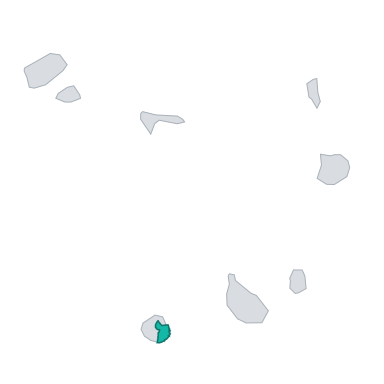 location of Santa Catarina Do Fogo, Santa Catarina do Fogo, Cabo Verde, rotated 356°
{"feature_id": "66160863B71170562423195", "entity_name": "Santa Catarina Do Fogo", "entity_type": "district", "adm_level": 2, "iso_a3": "CPV", "parent_name": "Cabo Verde", "parent_adm1": "Santa Catarina do Fogo", "projection": "mercator", "projection_center": [-24.327, 14.901], "detail": "fine", "context": "in_parent", "style": "filled", "palette": "teal", "viewbox_px": 384, "rotation_deg": 356, "n_neighbors": 0, "source": "geoboundaries", "source_scale": "gbopen_adm2", "svg_char_len": 4445}
<svg xmlns="http://www.w3.org/2000/svg" viewBox="0 0 384 384"><g transform="rotate(356 192 192)"><path d="M259.9,315.9L252.6,327.3L236.8,326.4L228.6,321.7L219.1,307.4L219.4,296.3L222.8,286.7L222.2,278.4L223.5,276.2L228.4,277.6L229.2,283.3L243.6,297.0L249.0,299.7L259.9,315.9ZM53.5,74.8L41.9,77.4L37.0,76.1L35.3,66.2L33.0,59.6L33.5,56.7L60.3,43.9L69.7,46.0L76.3,56.3L71.8,61.9L53.5,74.8ZM322.8,163.3L332.8,165.6L336.6,164.7L342.9,165.2L349.7,171.8L351.0,178.7L347.6,187.4L334.4,194.5L326.8,193.7L317.8,187.2L323.0,174.3L322.8,163.3ZM156.5,334.7L147.2,339.4L140.7,337.3L134.5,332.5L131.6,325.4L134.0,319.3L146.5,312.2L154.0,314.5L158.0,325.6L156.5,334.7ZM182.9,115.3L187.9,118.9L189.5,121.6L182.1,122.9L164.3,118.1L159.6,121.1L154.9,131.4L145.8,115.8L146.4,110.0L148.4,108.4L161.0,112.5L182.9,115.3ZM291.2,300.0L287.9,300.4L282.9,294.8L284.0,287.1L283.4,285.1L287.8,276.8L296.5,277.5L298.7,283.7L299.1,296.3L291.2,300.0ZM87.3,90.8L77.5,93.8L71.4,93.4L62.7,89.0L65.4,84.3L74.9,78.9L81.4,77.8L86.8,87.3L87.3,90.8ZM326.3,110.7L322.5,117.1L317.8,107.7L315.3,105.5L314.1,92.0L321.0,88.0L324.4,87.6L324.5,101.6L326.3,110.7Z" fill="#d9dde1" stroke="#a8b0b8" stroke-width="1"/><path d="M146.7,339.9L146.9,339.9L147.2,339.8L147.4,339.8L147.8,340.0L148.1,340.0L148.4,340.0L148.6,340.1L149.0,340.1L149.3,340.1L149.8,340.0L150.5,339.7L150.8,339.7L151.0,339.5L151.5,339.5L151.8,339.4L152.4,339.0L152.9,338.9L154.1,338.3L154.3,338.2L154.3,338.3L154.4,338.2L154.4,338.3L154.5,338.3L154.5,338.2L154.6,338.3L154.5,338.2L154.4,338.2L154.6,337.9L154.8,337.6L155.1,337.4L155.6,337.1L155.8,337.1L156.0,337.1L156.2,336.9L156.3,336.9L156.5,336.8L156.6,336.7L157.0,336.4L157.1,336.2L157.1,336.3L157.1,336.2L157.3,336.1L157.5,335.9L157.7,335.7L158.1,335.3L158.4,335.0L158.5,334.8L158.4,334.7L158.5,334.4L158.5,334.5L158.5,334.4L158.8,334.2L159.0,334.1L158.9,334.0L159.0,334.0L159.1,333.9L159.1,334.0L159.1,333.9L159.2,333.7L159.3,333.7L159.4,333.8L159.4,333.7L159.5,333.5L159.4,333.5L159.5,333.4L159.5,333.2L159.6,333.3L159.5,333.2L159.6,332.9L159.7,332.7L159.8,332.6L159.7,332.6L159.8,332.4L159.9,332.2L160.0,331.9L159.9,331.9L160.0,331.9L160.0,331.7L160.1,331.4L160.1,331.2L160.2,330.9L160.1,331.0L160.1,330.9L160.0,330.7L160.0,330.2L159.9,330.0L160.0,330.0L159.9,330.0L160.0,329.9L159.9,329.8L159.9,329.7L159.9,329.4L159.9,329.2L160.0,329.1L159.9,329.1L159.9,328.9L159.7,328.8L159.7,328.7L159.8,328.7L159.7,328.7L159.8,328.6L159.7,328.6L159.8,328.5L159.7,328.3L159.7,328.2L159.8,328.0L159.8,327.9L159.8,327.7L159.7,327.4L159.8,327.4L159.7,327.4L159.8,327.2L159.7,327.2L159.7,326.9L159.6,326.7L159.6,326.3L159.7,326.1L159.5,325.9L159.4,325.7L159.3,325.4L159.2,325.4L159.2,325.2L159.3,324.9L159.4,324.7L159.3,324.4L159.2,324.0L159.2,323.8L159.0,323.6L158.9,323.4L158.9,323.2L158.8,322.8L158.7,322.8L158.4,322.9L158.2,323.0L157.7,322.9L157.3,322.9L157.1,322.9L156.7,323.0L156.5,322.9L156.4,323.0L156.2,322.9L156.1,323.0L155.8,322.9L155.6,322.9L155.5,323.0L155.0,322.9L154.7,323.0L153.8,323.1L153.0,323.1L152.9,323.0L152.8,322.9L152.7,322.9L152.5,323.0L152.3,322.8L152.1,322.6L151.9,322.3L151.7,322.0L151.7,321.9L151.5,321.7L151.4,321.7L151.0,321.1L151.0,320.8L150.9,320.7L150.6,320.7L150.5,320.4L150.4,320.1L150.2,319.9L149.9,319.6L149.8,319.3L149.7,319.2L149.6,318.9L149.5,318.6L149.5,318.4L149.4,318.2L149.2,318.2L148.9,318.2L148.7,318.5L148.2,319.0L147.9,319.4L147.9,319.6L147.7,319.8L147.6,320.0L147.4,320.2L147.3,320.3L147.2,320.5L147.0,320.8L146.8,321.1L146.7,321.4L146.5,321.7L146.3,322.2L146.3,322.6L146.3,323.0L146.3,323.4L146.2,323.6L146.1,323.8L146.1,324.2L146.2,324.4L146.3,324.4L146.3,324.6L146.5,324.7L146.5,324.9L146.5,325.0L147.0,325.4L147.0,325.8L147.1,326.0L147.5,326.2L147.5,326.3L147.8,326.6L148.2,326.7L148.3,326.9L148.8,327.0L149.2,327.1L149.4,327.1L149.6,327.1L150.0,327.1L150.0,327.3L150.0,327.5L149.9,327.8L149.9,328.0L149.7,328.4L149.6,328.7L149.6,329.0L149.4,329.3L149.4,329.5L149.1,329.6L148.9,329.8L148.6,329.9L148.5,330.0L148.4,330.3L148.4,330.6L148.4,330.8L148.4,331.1L148.3,331.6L148.4,331.8L148.4,332.0L148.3,332.4L148.3,332.5L148.3,332.8L148.3,333.0L148.1,333.4L148.0,333.6L148.0,333.9L147.9,334.0L148.0,334.3L147.8,334.7L147.9,334.8L147.9,335.0L148.0,335.1L148.1,335.3L148.0,335.5L148.0,336.0L147.8,336.1L147.7,336.3L147.5,336.7L147.4,336.9L147.3,337.0L147.3,337.3L147.3,337.7L147.4,338.2L147.3,338.4L147.2,338.6L147.2,338.8L147.0,339.0L146.9,339.3L146.7,339.6L146.7,339.9Z" fill="#14b8a6" stroke="#0f766e" stroke-width="1.5"/></g></svg>